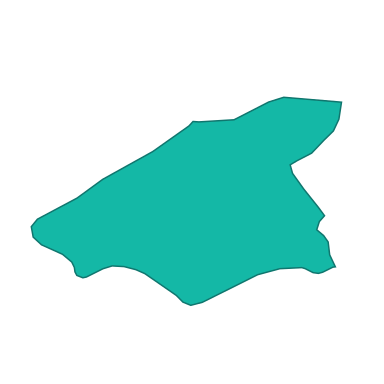 the District of Lautém, rotated 189°
{"feature_id": "TLS-553", "entity_name": "Lautém", "entity_type": "District", "adm_level": 1, "iso_a3": "TLS", "parent_name": "East Timor", "parent_adm1": "", "projection": "mercator", "projection_center": [126.937, -8.535], "detail": "fine", "context": "isolated", "style": "filled", "palette": "teal", "viewbox_px": 384, "rotation_deg": 189, "n_neighbors": 0, "source": "natural_earth", "source_scale": "10m", "svg_char_len": 808}
<svg xmlns="http://www.w3.org/2000/svg" viewBox="0 0 384 384"><g transform="rotate(189 192 192)"><path d="M38.7,140.5L41.1,139.8L50.4,133.2L54.4,131.4L59.8,131.3L68.2,134.0L71.7,134.5L93.2,130.0L114.2,120.6L164.5,84.7L175.5,79.9L183.7,81.8L191.3,87.4L225.8,104.0L235.2,106.5L247.4,107.7L259.3,106.5L267.9,102.3L283.0,91.5L286.4,90.2L292.7,91.6L295.1,94.8L296.4,99.1L299.8,104.0L310.1,110.2L332.4,116.3L341.8,122.6L345.3,132.6L340.4,141.0L304.6,168.0L282.1,190.6L237.1,225.8L205.4,256.7L202.0,261.8L196.2,262.3L161.8,269.9L130.3,292.9L116.2,299.9L58.4,304.1L58.3,286.9L61.9,274.4L63.6,272.1L69.7,263.9L79.9,249.1L93.2,239.3L99.3,234.2L95.6,226.1L82.0,212.3L64.8,196.6L57.4,189.3L61.6,182.7L62.9,174.2L55.1,169.5L49.7,163.9L46.2,151.5L38.7,140.5Z" fill="#14b8a6" stroke="#0f766e" stroke-width="1.5"/></g></svg>